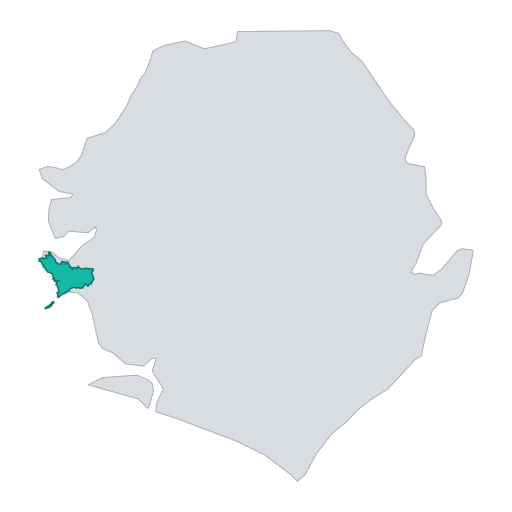 location of Western Area Rural, Western, Sierra Leone
{"feature_id": "65957751B56468197775265", "entity_name": "Western Area Rural", "entity_type": "district", "adm_level": 2, "iso_a3": "SLE", "parent_name": "Sierra Leone", "parent_adm1": "Western", "projection": "albers", "projection_center": [-13.169, 8.289], "detail": "fine", "context": "in_parent", "style": "filled", "palette": "teal", "viewbox_px": 512, "rotation_deg": 0, "n_neighbors": 0, "source": "geoboundaries", "source_scale": "gbopen_adm2", "svg_char_len": 6771}
<svg xmlns="http://www.w3.org/2000/svg" viewBox="0 0 512 512"><path d="M473.1,250.2L472.7,254.7L468.7,275.6L462.3,293.6L458.1,298.0L439.7,302.9L432.0,310.8L425.4,336.3L421.2,356.3L414.9,359.7L388.1,388.8L370.5,399.8L358.2,409.3L346.6,421.6L332.0,433.6L316.3,453.8L305.1,474.7L297.5,481.3L291.7,475.4L264.7,454.9L236.3,441.1L175.9,418.2L155.8,411.8L156.5,403.6L163.4,388.6L152.1,371.0L156.5,358.3L152.1,358.3L143.5,366.0L125.1,363.8L112.9,352.8L102.9,348.8L98.6,343.3L92.2,314.3L87.6,301.2L78.4,293.1L59.9,291.1L52.3,273.4L42.0,259.7L43.7,251.3L52.0,251.8L58.6,257.9L69.1,260.5L82.2,245.6L93.9,237.6L96.6,230.6L95.2,226.7L88.1,232.7L68.6,231.2L63.8,236.6L55.1,238.3L48.4,220.9L48.7,210.7L51.5,199.5L71.1,197.6L72.8,193.9L59.2,191.5L42.2,178.4L39.2,169.4L47.6,166.4L55.6,167.7L62.6,169.7L70.2,166.5L77.3,161.5L81.5,155.2L87.2,138.2L105.6,132.5L116.4,122.1L126.7,106.0L131.4,94.7L135.6,89.0L138.3,84.1L140.2,78.7L144.8,73.8L149.6,61.8L152.9,50.9L163.4,45.6L185.0,41.0L204.5,48.8L236.0,41.8L237.7,31.6L266.5,31.3L300.7,31.0L329.2,30.7L339.0,33.4L342.6,41.0L352.0,53.0L361.9,61.2L374.1,79.3L388.3,100.4L403.7,119.4L413.6,129.7L414.7,133.3L414.1,137.4L409.3,147.2L405.2,157.7L405.7,161.7L408.6,163.6L424.6,166.8L426.1,178.5L426.2,194.7L434.1,209.8L441.5,220.9L441.2,224.8L423.2,244.0L416.3,262.9L412.8,268.2L411.4,272.4L415.0,274.4L419.9,273.1L427.0,274.6L433.7,275.1L442.4,268.3L457.0,250.9L462.0,248.7L473.1,250.2ZM149.9,404.5L147.8,408.3L138.2,398.9L88.4,384.9L102.4,377.5L137.0,375.2L147.3,379.6L151.9,383.2L153.6,390.1L149.9,404.5Z" fill="#d9dde1" stroke="#a8b0b8" stroke-width="1"/><path d="M75.4,267.6L74.5,267.7L73.1,267.7L72.2,267.8L72.0,268.2L72.6,269.1L72.6,269.3L72.6,269.5L72.5,269.4L72.3,269.0L71.8,268.5L71.6,268.1L71.6,267.7L71.1,267.5L70.9,267.2L70.4,267.0L70.1,266.6L69.9,266.6L69.8,267.1L69.7,267.1L69.8,266.4L69.8,266.1L69.6,265.7L69.5,265.2L69.2,264.9L69.2,264.7L68.5,263.8L68.1,262.4L67.9,262.1L67.5,262.0L67.0,262.1L66.2,262.3L66.2,262.5L66.1,263.4L66.1,263.6L65.8,263.9L65.7,263.5L65.9,263.4L65.8,263.1L65.7,262.6L65.4,262.2L64.7,261.9L64.3,262.1L64.0,262.2L63.3,262.1L62.6,261.4L62.3,261.3L62.1,261.4L62.1,261.6L62.4,261.8L62.3,262.0L62.0,262.2L61.9,262.2L61.8,261.9L61.7,261.8L61.1,262.5L61.5,263.2L61.6,263.3L61.2,263.6L61.0,264.1L60.9,264.2L60.5,264.2L60.2,264.4L59.9,264.3L59.7,264.4L59.3,264.1L59.1,264.1L58.7,264.0L58.2,263.9L57.9,263.9L57.9,263.6L57.8,263.4L57.6,263.4L57.2,263.3L57.2,263.1L56.9,263.0L56.8,262.8L56.6,262.9L56.2,262.7L55.9,262.5L55.9,262.3L55.5,262.1L55.4,260.7L55.5,260.4L55.6,260.2L54.3,258.6L53.9,258.3L53.0,257.2L52.5,256.2L52.1,256.0L51.4,255.3L51.1,254.7L50.9,254.1L50.5,253.6L50.6,253.4L50.5,253.2L50.3,253.2L50.2,252.8L50.1,252.7L49.4,252.4L49.2,251.9L49.1,252.0L48.9,252.6L49.0,252.8L49.2,253.0L49.4,253.6L49.2,254.0L49.3,254.2L49.1,254.1L49.2,254.3L48.8,254.5L49.2,254.9L49.2,255.2L48.6,255.8L48.0,256.1L47.9,256.0L46.5,255.0L46.2,255.2L46.1,255.3L45.9,255.3L45.6,255.6L46.0,255.7L46.2,255.9L46.1,256.0L45.9,256.0L46.1,256.4L46.2,256.5L46.3,257.8L46.4,258.3L46.5,258.4L44.7,258.3L44.0,258.4L43.7,258.3L43.6,258.5L43.3,258.4L42.7,258.5L42.4,258.1L42.0,258.0L41.4,257.9L41.2,258.1L40.7,258.7L40.3,258.8L40.0,258.8L39.9,259.0L39.8,258.9L39.7,258.9L39.3,258.7L39.0,258.7L39.0,258.8L39.3,259.2L39.5,259.5L39.6,260.2L39.2,260.5L38.9,260.7L39.3,261.0L39.6,261.0L39.8,261.2L40.1,261.2L40.4,261.2L40.7,261.4L41.1,261.9L41.9,263.0L42.0,263.3L42.3,264.4L42.7,264.6L42.9,265.0L43.2,265.5L43.3,266.0L43.2,265.9L43.1,266.3L43.6,266.7L43.6,266.8L43.8,267.1L44.1,267.1L44.3,267.5L44.9,268.2L46.1,269.9L47.1,271.0L47.3,271.5L47.6,272.0L48.2,272.2L48.9,272.2L49.7,272.4L50.0,272.6L50.7,273.2L51.4,273.2L51.7,273.5L51.8,273.7L52.2,273.7L52.9,275.7L53.1,276.9L53.2,277.2L53.6,277.7L53.9,278.2L53.6,278.4L53.3,278.4L53.2,278.5L53.5,278.5L53.3,278.7L53.6,279.0L53.2,279.1L53.3,279.3L53.7,279.2L54.1,279.3L54.2,279.8L54.5,279.9L54.8,280.7L54.8,280.8L54.4,281.0L54.5,281.2L54.8,281.0L55.4,281.2L55.9,281.1L55.9,281.3L56.1,281.3L56.1,281.0L56.4,281.1L56.6,280.8L56.9,280.9L57.2,280.9L57.5,280.6L58.3,280.6L57.5,281.1L56.8,281.3L56.6,281.6L57.0,282.3L57.1,282.7L56.9,283.4L56.7,283.6L56.4,283.6L56.4,284.2L56.1,284.3L56.0,284.6L56.4,285.0L56.7,285.0L57.2,285.3L57.4,285.7L57.4,286.5L57.7,287.7L57.9,287.9L58.1,288.2L58.3,288.8L58.7,291.5L58.0,292.8L57.9,293.2L57.9,293.6L57.8,293.8L57.7,294.2L57.8,294.6L57.9,295.2L57.9,295.6L57.7,296.4L57.6,296.9L57.7,297.2L58.1,297.4L58.3,297.4L59.1,296.7L59.5,296.5L60.6,295.6L61.0,295.2L61.2,294.9L61.9,294.5L62.4,293.9L62.7,293.6L63.0,293.5L63.8,293.7L64.2,293.5L64.7,293.2L65.3,293.1L65.6,292.9L65.9,292.9L66.2,292.3L66.4,292.3L66.5,292.2L66.7,291.6L67.1,291.4L67.8,291.4L68.4,291.0L68.5,290.8L69.3,290.5L69.6,290.3L69.5,290.0L69.6,289.4L69.8,289.1L70.0,289.0L70.1,288.7L70.4,288.4L71.2,288.3L72.0,287.9L72.5,287.5L73.0,287.6L74.5,287.4L75.9,287.9L76.5,288.1L77.1,288.0L78.9,287.4L78.9,287.6L79.6,288.1L80.4,288.2L80.7,288.3L81.0,288.2L81.2,287.9L81.6,287.8L82.6,287.8L82.8,287.9L83.1,287.6L83.8,286.2L84.2,285.9L84.4,285.1L85.0,284.1L85.0,283.9L85.3,283.6L86.0,283.6L86.3,284.3L86.3,284.7L86.7,285.5L87.6,286.0L88.0,286.1L88.4,285.9L88.6,285.7L88.8,284.6L89.1,284.0L89.5,283.8L90.2,283.6L90.5,283.8L90.8,284.2L91.1,283.6L90.6,283.3L91.1,283.1L91.3,283.0L91.5,282.7L91.9,282.6L91.8,282.1L92.0,281.5L92.4,281.3L92.7,281.0L93.1,280.3L93.3,279.6L93.5,279.6L93.9,278.8L93.3,278.2L93.7,277.7L93.2,277.0L92.8,275.6L92.9,275.1L92.0,274.3L92.0,273.6L91.8,273.0L92.0,272.2L92.1,271.2L92.8,271.1L93.1,270.9L93.2,270.2L93.2,269.4L92.8,268.8L91.6,269.0L89.7,268.6L88.8,268.6L86.6,268.3L85.8,268.3L85.0,268.3L84.3,268.4L84.0,268.6L83.7,269.0L83.2,269.3L81.6,268.8L80.9,269.0L80.4,268.7L79.5,267.6L79.2,267.7L79.0,267.3L78.6,267.3L78.2,266.5L77.9,267.4L77.7,267.9L77.1,268.1L76.6,267.9L76.4,267.7L76.0,268.4L75.6,268.0L75.4,267.6ZM53.8,302.1L53.9,301.8L53.7,301.6L53.2,301.7L53.0,302.1L52.6,302.1L52.7,302.5L52.3,302.8L52.1,302.8L52.1,303.1L51.8,303.1L52.0,303.3L51.8,303.5L51.6,303.5L51.5,303.9L51.2,304.0L50.5,304.5L50.1,304.6L49.6,304.9L49.6,305.6L49.7,305.9L50.1,305.9L50.5,306.0L51.2,306.0L51.5,305.7L51.3,305.5L51.3,305.3L51.3,304.9L51.5,304.7L51.5,304.3L52.0,304.5L52.1,304.4L52.2,304.2L52.1,303.9L52.1,303.7L52.4,303.6L52.9,303.5L53.1,303.3L53.3,303.3L53.2,302.9L53.5,302.8L53.5,302.4L53.8,302.1ZM49.4,306.5L49.7,306.0L49.4,305.8L48.0,306.1L47.5,306.7L47.3,306.6L47.1,306.7L47.1,307.0L46.9,307.2L46.5,307.3L46.3,307.5L46.4,307.8L46.6,308.1L46.9,307.9L47.2,307.7L47.5,307.7L47.8,307.9L48.2,307.8L48.7,307.6L49.0,307.4L49.6,307.3L49.6,306.7L49.4,306.5ZM45.9,308.6L46.5,308.3L46.5,308.1L46.1,307.5L45.9,307.6L45.9,307.8L46.0,308.0L45.6,308.2L45.3,308.2L45.1,308.4L45.2,308.6L45.4,308.6L45.9,308.6ZM57.8,292.9L57.6,292.3L57.2,292.4L57.2,293.1L57.8,292.9Z" fill="#14b8a6" stroke="#0f766e" stroke-width="1.5"/></svg>